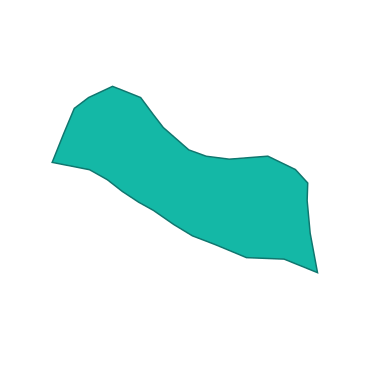 Galata, Nicosia, Cyprus (Mercator projection), rotated 58°
{"feature_id": "46923920B36410196498995", "entity_name": "Galata", "entity_type": "district", "adm_level": 2, "iso_a3": "CYP", "parent_name": "Cyprus", "parent_adm1": "Nicosia", "projection": "mercator", "projection_center": [32.883, 34.989], "detail": "fine", "context": "isolated", "style": "filled", "palette": "teal", "viewbox_px": 384, "rotation_deg": 58, "n_neighbors": 0, "source": "geoboundaries", "source_scale": "gbopen_adm2", "svg_char_len": 497}
<svg xmlns="http://www.w3.org/2000/svg" viewBox="0 0 384 384"><g transform="rotate(58 192 192)"><path d="M326.9,128.3L289.5,113.6L260.3,98.9L245.7,89.1L227.8,92.4L201.8,108.7L183.9,143.0L169.2,161.0L154.6,172.4L122.1,182.2L105.8,183.8L84.7,185.5L60.3,203.4L57.1,229.6L58.7,247.5L74.9,270.4L92.8,294.9L118.8,267.1L136.7,257.3L154.6,250.8L172.5,242.6L187.1,234.5L209.9,224.7L229.4,214.9L248.9,200.2L276.5,180.6L297.7,149.5L326.9,128.3Z" fill="#14b8a6" stroke="#0f766e" stroke-width="1.5"/></g></svg>